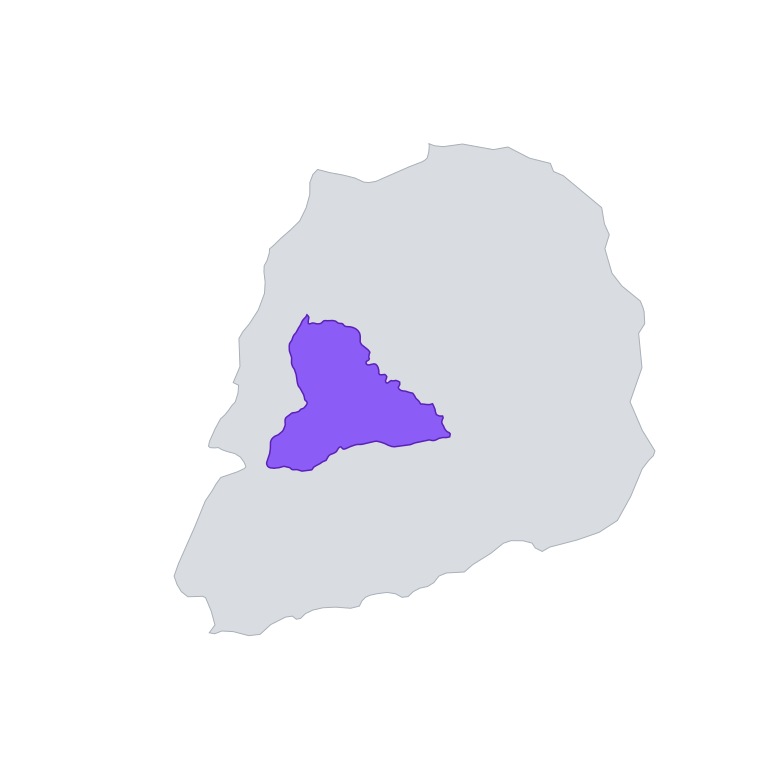 Tacuarembó highlighted on a map of Uruguay, rotated 246°
{"feature_id": "URY-15", "entity_name": "Tacuarembó", "entity_type": "Department", "adm_level": 1, "iso_a3": "URY", "parent_name": "Uruguay", "parent_adm1": "", "projection": "equal_earth", "projection_center": [-55.77, -32.059], "detail": "fine", "context": "in_parent", "style": "filled", "palette": "violet", "viewbox_px": 768, "rotation_deg": 246, "n_neighbors": 0, "source": "natural_earth", "source_scale": "10m", "svg_char_len": 5345}
<svg xmlns="http://www.w3.org/2000/svg" viewBox="0 0 768 768"><g transform="rotate(246 384 384)"><path d="M585.3,522.8L581.2,526.9L576.7,534.7L571.3,553.3L553.7,579.1L550.1,593.6L531.2,608.7L517.9,625.7L509.2,625.3L501.4,632.5L456.6,654.6L440.6,650.5L428.7,650.5L417.7,640.8L392.5,637.3L376.7,641.2L355.5,651.9L349.1,651.7L344.5,651.1L333.0,646.7L326.7,637.2L294.0,626.3L267.6,601.5L236.5,601.1L212.7,604.3L209.0,601.0L206.5,594.7L201.5,585.4L180.8,563.5L164.4,541.7L161.0,520.2L163.0,496.8L167.6,469.1L166.7,460.4L172.6,455.5L178.5,454.5L184.2,447.3L189.2,436.4L190.0,428.2L185.9,412.9L182.9,391.6L179.6,380.9L186.0,364.1L186.2,356.0L182.3,348.8L181.3,341.4L182.9,333.8L182.5,326.5L180.0,319.5L181.8,313.7L187.8,309.1L192.3,302.1L195.2,292.6L196.7,285.3L196.7,280.3L194.8,275.6L191.1,271.2L192.7,262.3L199.8,249.1L204.4,237.3L206.4,227.1L206.2,218.8L203.8,212.5L204.8,208.2L209.2,205.9L211.1,199.3L210.3,182.7L205.7,169.0L209.1,158.1L219.1,145.6L224.3,135.4L224.7,127.7L227.8,123.2L232.7,131.6L247.0,133.8L261.4,134.1L263.8,132.0L269.4,118.3L276.8,114.4L285.0,113.4L293.9,114.1L303.4,123.1L330.2,152.7L349.9,173.2L355.9,182.9L361.1,190.1L365.0,196.9L363.4,214.4L363.6,222.0L364.5,224.2L369.0,224.4L375.6,223.1L381.2,219.4L385.6,213.8L389.9,209.2L393.3,206.8L394.6,203.1L396.6,199.2L398.6,198.4L402.5,201.2L411.6,211.3L418.7,220.5L420.4,225.8L423.2,231.3L426.1,236.1L428.1,240.8L435.0,246.9L442.0,250.7L446.6,246.8L458.5,259.5L484.6,270.0L489.3,276.5L493.8,285.6L502.8,299.3L515.4,311.7L525.5,316.9L535.2,319.9L540.7,322.6L544.4,327.4L550.3,332.5L554.0,334.4L555.3,339.0L559.0,348.9L562.9,361.6L567.2,373.2L576.6,384.5L587.2,393.2L598.2,398.2L604.4,404.3L607.0,410.6L599.4,420.1L591.3,431.9L584.0,441.2L576.6,447.7L574.1,452.2L572.4,459.1L572.2,495.9L571.5,509.5L572.0,513.1L573.0,515.5L577.6,519.2L583.1,522.2L585.3,522.8Z" fill="#d9dde1" stroke="#a8b0b8" stroke-width="1"/><path d="M317.9,383.3L322.4,368.0L323.8,365.6L326.3,363.0L329.4,360.4L332.2,357.4L334.8,354.0L335.4,352.1L337.8,339.6L338.2,338.3L339.1,336.3L339.6,335.1L340.1,332.8L340.5,328.0L340.5,327.2L340.5,322.5L340.7,321.3L341.0,320.5L341.3,320.2L341.8,319.9L342.7,319.5L343.4,319.4L343.7,319.3L344.1,318.9L344.3,318.4L344.3,317.6L344.1,316.9L343.8,316.2L341.8,313.3L341.5,312.6L341.3,311.7L341.2,309.1L341.4,306.6L341.3,305.9L341.0,304.8L340.6,303.8L337.8,300.0L337.9,296.9L337.8,295.4L337.5,294.2L337.3,293.0L337.0,288.2L336.8,286.9L336.5,285.8L336.0,284.8L335.4,284.0L335.2,283.5L335.0,283.0L335.3,281.8L337.7,273.9L338.2,273.1L340.9,270.1L341.3,269.4L342.7,266.0L343.2,265.3L343.8,264.8L345.3,264.2L345.8,263.9L346.3,263.4L346.8,262.8L347.7,261.5L348.7,260.2L349.1,259.9L349.4,259.1L349.7,258.0L350.3,253.7L351.1,251.8L351.6,249.7L353.6,246.1L354.7,245.0L356.1,244.3L356.7,244.2L358.3,244.2L359.5,244.6L360.0,244.9L366.9,251.2L371.0,253.8L377.1,256.7L378.5,258.0L378.9,258.5L379.3,259.0L380.2,261.0L380.5,262.2L380.6,262.7L380.7,264.1L380.6,266.3L380.7,266.9L381.9,271.3L382.1,271.7L382.1,271.8L382.4,272.5L382.7,272.9L383.0,273.4L385.9,276.4L386.5,276.9L387.1,277.3L389.9,278.3L391.5,279.1L392.3,279.7L392.8,280.2L393.3,281.2L393.6,282.3L394.4,286.0L394.7,287.0L394.9,287.6L394.8,288.3L394.8,289.0L394.0,291.4L393.8,292.7L393.7,294.2L393.7,294.9L393.8,295.5L394.0,296.0L394.5,297.0L394.7,297.5L394.8,298.1L394.6,300.1L394.6,300.7L395.0,301.8L395.8,303.5L396.7,305.0L397.3,305.7L398.0,306.1L398.6,306.2L399.2,306.2L399.7,306.1L401.1,305.4L401.7,305.3L402.3,305.3L404.6,305.9L407.0,306.2L414.4,305.6L416.5,305.0L417.7,305.0L420.1,305.3L428.4,307.6L433.6,308.1L437.1,307.6L439.7,307.8L441.0,308.1L444.3,309.7L446.0,310.4L452.5,311.0L453.5,311.3L457.1,312.8L459.0,313.9L459.4,314.3L459.7,314.7L461.4,317.4L461.7,317.8L464.0,319.9L465.3,321.5L466.7,324.5L470.2,329.0L471.6,331.3L474.7,334.8L475.8,336.6L476.8,339.2L477.4,340.3L478.6,341.8L476.8,342.4L475.5,342.5L472.1,340.3L470.1,339.5L469.1,340.6L468.9,343.2L468.2,344.7L466.2,347.2L465.5,348.9L465.2,350.0L465.1,351.0L465.4,352.3L465.9,353.5L466.2,354.8L465.9,356.0L464.7,358.3L462.9,362.9L461.5,364.9L460.7,365.6L458.9,366.5L458.0,367.2L457.3,368.4L456.7,369.6L456.0,370.6L453.0,371.6L451.7,373.1L450.0,376.4L448.2,378.7L446.0,380.6L443.4,381.9L440.4,382.4L437.5,381.8L432.0,379.3L429.1,379.5L421.6,383.4L419.0,384.0L418.4,383.8L418.0,383.4L417.7,382.9L414.7,381.0L414.1,380.9L413.6,381.0L413.1,380.9L412.4,380.2L412.1,379.6L412.0,379.0L411.8,377.2L411.1,376.4L409.6,376.0L408.3,376.7L407.5,377.9L407.3,379.5L406.9,381.1L406.5,383.0L405.4,384.5L403.7,385.1L401.8,385.3L399.6,385.0L397.7,384.5L395.9,383.6L394.5,383.8L393.5,385.3L392.4,388.6L391.0,389.3L389.4,389.5L388.1,388.4L386.3,386.6L384.6,386.4L383.6,387.0L383.5,388.4L384.1,390.4L384.2,392.0L383.4,393.0L382.9,394.3L382.5,396.2L381.2,397.7L379.4,399.1L377.1,398.2L375.0,395.6L373.2,395.7L371.2,396.9L369.8,398.8L368.6,400.9L366.2,403.5L363.9,406.5L361.0,407.1L358.0,407.3L354.5,408.8L350.8,409.4L349.7,411.7L348.2,414.1L346.7,417.0L346.2,420.3L343.5,420.4L340.2,420.3L337.4,419.6L334.7,419.4L332.4,421.4L331.8,422.5L330.9,424.5L329.1,424.3L327.2,422.3L325.5,421.1L323.4,421.0L321.2,421.3L319.8,421.2L318.1,421.3L316.1,421.7L314.6,422.4L313.0,423.8L311.5,424.2L309.0,422.5L309.7,419.2L311.2,415.9L312.0,412.1L311.8,409.9L311.8,408.5L312.1,406.4L312.9,404.8L314.6,402.5L314.9,400.9L317.6,388.4L317.9,383.3Z" fill="#8b5cf6" stroke="#5b21b6" stroke-width="1.5"/></g></svg>